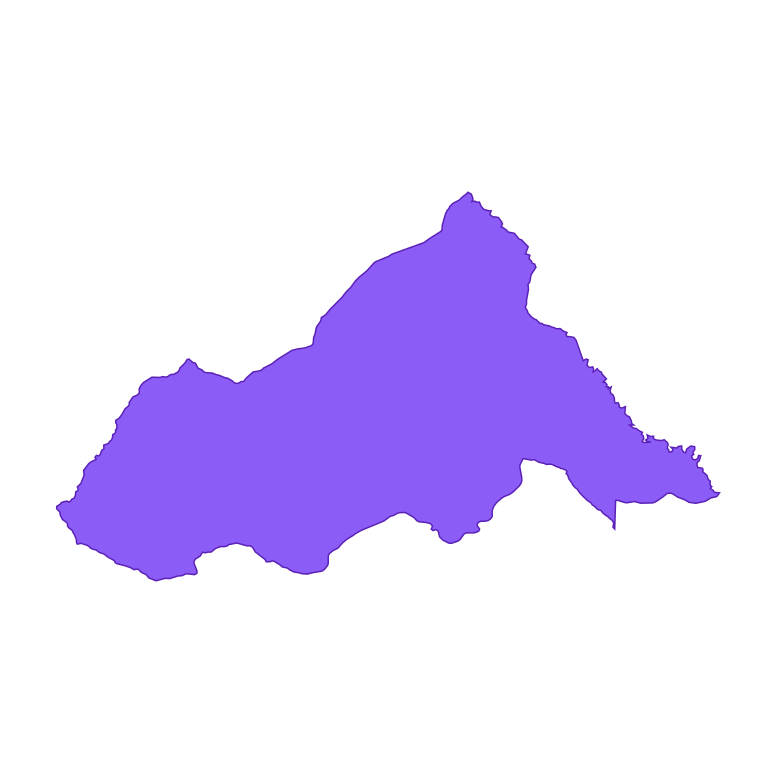 Bonito de Minas, Minas Gerais, Brazil, rotated 88°
{"feature_id": "56859067B40632732354606", "entity_name": "Bonito de Minas", "entity_type": "district", "adm_level": 2, "iso_a3": "BRA", "parent_name": "Brazil", "parent_adm1": "Minas Gerais", "projection": "natural_earth1", "projection_center": [-44.877, -14.974], "detail": "fine", "context": "isolated", "style": "filled", "palette": "violet", "viewbox_px": 768, "rotation_deg": 88, "n_neighbors": 0, "source": "geoboundaries", "source_scale": "gbopen_adm2", "svg_char_len": 6123}
<svg xmlns="http://www.w3.org/2000/svg" viewBox="0 0 768 768"><g transform="rotate(88 384 384)"><path d="M195.3,293.4L197.2,295.3L199.3,298.5L202.9,302.5L205.9,308.9L208.9,312.1L211.2,313.2L212.7,314.8L216.4,316.7L227.3,320.2L232.4,320.7L234.0,322.7L239.6,332.4L244.2,339.4L254.4,371.3L256.7,375.2L261.4,387.9L262.5,389.6L270.4,397.3L276.7,405.5L279.8,408.8L286.4,414.0L290.6,418.6L296.0,423.0L307.6,435.4L312.9,440.0L315.4,444.3L317.6,444.7L319.6,445.6L324.0,449.0L326.2,450.0L330.7,450.9L335.3,452.7L341.1,453.4L343.1,455.1L345.2,461.8L345.9,469.0L347.1,474.7L355.2,488.9L360.2,495.8L363.9,503.9L365.4,505.3L366.5,507.7L367.4,514.4L373.2,521.4L376.5,524.1L376.6,526.7L378.0,529.0L378.3,531.5L377.5,533.6L375.5,535.7L372.9,539.7L372.1,542.8L369.5,548.5L368.9,551.1L367.1,555.1L366.3,562.1L365.4,563.9L363.7,565.2L361.5,569.5L357.9,571.0L356.4,572.2L355.6,574.6L352.3,578.0L352.7,580.0L356.3,582.4L360.8,587.3L363.5,588.4L365.3,590.1L365.9,591.9L367.1,593.6L366.9,595.9L367.7,598.1L369.2,600.1L369.4,602.5L368.9,605.1L369.6,607.6L369.1,615.7L374.1,624.3L376.9,627.0L380.6,629.0L382.6,628.7L385.0,629.2L386.5,631.2L388.2,635.4L393.6,639.3L395.6,639.2L397.3,640.4L399.7,643.6L405.2,646.9L409.0,650.0L411.0,653.4L413.4,653.4L415.3,652.4L419.0,652.5L420.6,653.9L422.4,653.9L424.1,654.7L425.1,656.9L428.1,657.2L430.5,658.3L431.8,660.2L433.8,661.6L435.3,666.2L439.1,666.2L439.9,667.9L442.1,669.2L444.7,670.0L445.9,672.0L445.3,673.9L447.1,675.4L449.3,674.3L451.5,679.4L453.2,681.8L459.8,687.2L464.6,686.9L472.8,690.4L476.2,694.1L478.2,693.3L479.9,693.7L481.0,695.8L485.0,696.4L487.3,697.8L488.3,700.1L489.8,701.0L490.9,702.8L490.0,705.0L490.4,707.9L491.3,710.7L492.7,711.6L494.8,715.3L497.2,715.5L500.6,712.5L504.1,712.0L508.3,710.0L510.9,706.5L512.4,705.2L514.8,705.3L516.7,704.1L519.6,700.6L521.4,700.1L522.9,699.1L527.0,697.4L529.2,696.8L531.6,696.9L533.3,696.1L532.7,692.2L534.8,686.5L535.7,684.9L537.8,683.0L539.0,680.6L539.8,677.6L542.4,674.3L544.3,669.5L547.0,666.5L551.1,659.6L553.1,658.9L554.3,657.2L556.7,648.9L558.6,644.0L560.9,640.1L560.3,638.0L560.8,635.7L562.9,634.0L564.3,632.2L566.1,628.4L569.6,625.8L572.7,618.7L570.6,609.6L571.0,605.0L568.7,596.7L568.5,592.5L566.7,588.3L567.9,580.0L566.7,577.6L564.3,577.4L556.4,580.2L554.4,580.0L552.3,578.5L549.7,573.9L545.7,571.0L546.5,568.7L545.9,565.9L545.9,562.6L542.5,558.0L541.5,555.5L540.8,552.6L540.9,549.2L540.5,546.7L539.0,544.4L537.8,536.5L541.0,526.5L541.0,523.8L542.4,521.2L547.3,518.5L554.6,509.7L555.9,508.6L557.6,507.9L557.6,503.7L556.8,501.8L557.5,499.8L560.7,494.8L563.3,492.0L564.5,487.2L566.8,484.2L568.7,480.6L569.9,474.8L570.7,472.8L571.3,467.2L570.1,461.9L569.0,453.7L568.5,451.8L567.0,449.8L563.4,446.7L561.2,446.0L553.9,445.7L551.7,444.7L548.6,440.5L546.5,435.8L541.7,431.4L537.8,426.4L533.8,419.4L532.5,417.7L529.2,411.1L520.9,388.9L516.5,382.5L515.7,379.1L513.2,374.0L513.1,368.5L513.7,366.3L518.5,358.7L521.9,355.8L523.0,353.4L523.9,346.8L524.6,344.0L525.4,342.2L527.3,340.7L529.0,340.9L530.6,341.9L532.2,340.1L531.3,337.4L532.5,335.3L534.1,334.7L538.7,333.8L542.1,330.6L545.2,325.0L545.6,322.3L543.7,315.8L542.0,313.3L536.5,309.1L535.7,306.8L535.9,299.3L535.4,296.9L534.3,294.4L532.3,293.5L529.9,295.1L527.7,296.0L525.8,294.7L524.6,292.3L524.6,287.2L524.1,284.7L522.6,282.3L521.1,281.0L519.6,280.4L515.0,280.4L512.7,279.7L509.9,278.4L506.2,275.4L501.9,270.0L500.6,267.6L498.7,262.4L496.3,258.6L490.8,252.6L488.3,250.6L485.7,249.7L482.4,249.6L471.5,251.2L469.4,250.8L463.4,247.6L465.2,239.4L464.8,236.6L467.6,232.0L469.0,226.6L470.0,224.6L469.9,221.4L470.2,219.0L472.9,213.9L473.5,211.8L474.6,210.4L474.8,208.5L476.6,205.1L478.1,204.1L479.8,205.1L481.7,203.5L485.0,202.7L489.7,199.6L491.3,199.0L494.2,196.6L495.9,194.5L499.6,192.2L503.1,189.1L507.6,184.7L510.2,181.1L512.1,180.1L513.0,178.6L517.0,174.6L517.7,172.2L518.9,170.8L520.4,170.0L523.4,166.5L524.6,164.5L526.1,163.4L527.8,161.2L530.1,159.5L532.3,159.5L535.0,160.2L537.0,158.5L508.4,156.6L508.4,154.7L510.9,147.4L511.2,145.2L510.2,137.9L512.1,131.6L512.2,119.4L510.9,116.1L506.7,109.4L503.2,104.8L503.1,101.5L503.9,99.2L507.2,94.6L510.3,87.4L512.9,83.3L514.1,76.6L512.7,68.3L512.1,66.4L509.3,61.4L508.1,55.4L504.5,52.5L503.7,57.9L502.0,58.5L499.7,61.6L498.0,60.0L496.4,61.7L492.5,61.3L490.7,63.3L486.5,64.5L482.7,68.6L481.0,68.1L479.3,68.7L478.4,73.4L475.2,74.1L473.2,73.6L471.7,71.6L466.7,69.9L466.4,72.1L469.5,73.2L470.7,75.7L469.9,77.9L468.2,78.8L466.6,79.0L465.1,76.9L463.4,77.9L460.4,75.7L457.5,75.7L456.7,79.5L459.6,83.8L463.2,84.9L462.6,87.0L459.4,88.7L456.3,88.7L456.7,92.3L458.2,93.5L457.2,99.4L459.2,97.5L461.8,98.7L461.8,101.6L459.7,101.8L458.1,103.3L454.2,102.1L452.3,102.9L449.5,105.9L450.2,108.7L449.4,114.2L448.1,116.6L445.6,116.4L445.8,119.4L444.0,122.8L447.6,122.1L449.2,124.5L450.6,123.1L451.3,119.3L451.6,126.0L450.7,128.1L447.7,126.3L445.0,126.7L443.2,128.4L441.3,127.4L440.0,130.0L437.2,133.7L436.9,136.2L433.6,140.0L433.7,135.9L432.2,137.8L429.5,138.1L425.3,139.9L424.1,142.4L421.9,144.4L415.0,143.5L416.4,147.2L415.4,149.6L413.3,149.6L410.8,150.8L411.2,153.6L409.4,154.2L406.1,154.3L402.9,155.5L401.3,157.6L398.6,158.3L394.9,157.1L396.6,160.0L394.7,159.8L394.5,162.0L392.5,161.1L390.1,162.9L389.6,164.9L386.7,161.5L381.3,166.0L379.7,166.3L378.8,168.2L376.1,170.5L378.3,172.7L379.2,174.6L376.5,174.0L374.2,174.7L374.7,178.2L372.3,180.5L366.9,179.1L366.1,181.2L367.7,184.1L347.0,190.5L344.0,192.7L343.0,197.7L343.0,199.6L340.9,200.3L339.0,199.3L337.1,203.4L334.8,205.8L334.8,210.1L333.7,211.7L333.0,214.2L331.8,216.5L330.3,222.5L329.0,224.0L328.8,226.1L325.2,229.5L324.1,231.8L322.1,234.3L318.2,237.6L315.6,238.3L312.2,240.2L309.3,238.8L305.0,238.6L294.6,236.3L289.4,236.6L287.5,234.9L280.0,233.2L272.7,228.1L269.5,229.2L268.3,231.8L266.5,232.3L263.6,234.7L260.5,233.7L259.5,235.8L258.9,238.1L251.9,235.1L244.6,241.7L244.0,243.8L237.9,248.5L236.5,254.5L234.4,256.3L231.8,259.6L230.9,261.5L228.1,260.0L226.2,260.7L221.6,263.9L220.9,266.9L220.9,268.9L219.5,271.1L218.1,272.3L214.7,270.8L214.3,274.1L212.9,278.2L209.7,280.8L205.5,282.3L205.6,284.4L204.3,287.4L204.9,289.8L201.9,288.6L197.3,290.1L195.3,293.4Z" fill="#8b5cf6" stroke="#5b21b6" stroke-width="1.5"/></g></svg>